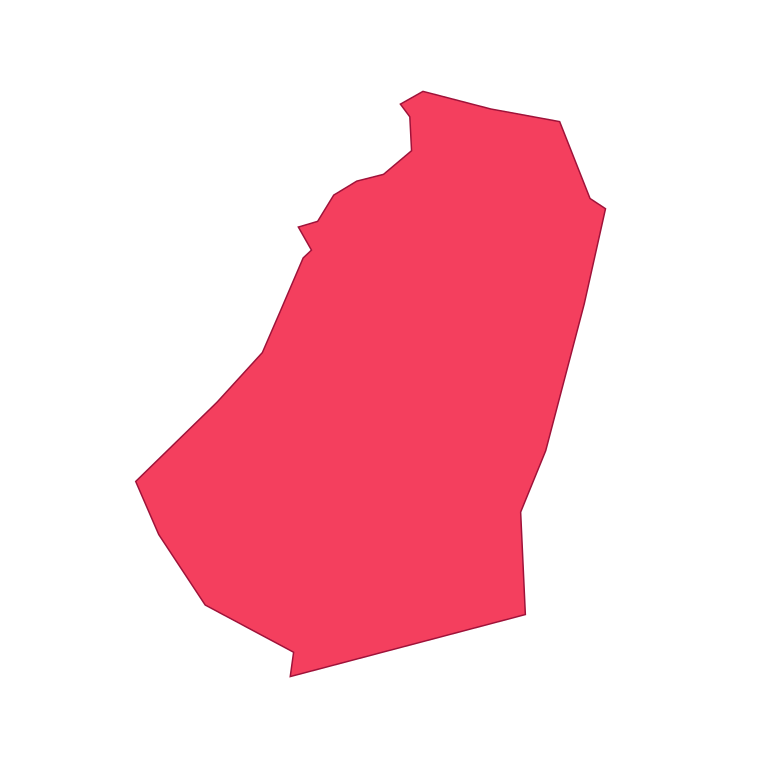 Adair, Kentucky, United States of America, rotated 341°
{"feature_id": "52423323B87676226812145", "entity_name": "Adair", "entity_type": "district", "adm_level": 2, "iso_a3": "USA", "parent_name": "United States of America", "parent_adm1": "Kentucky", "projection": "natural_earth1", "projection_center": [-85.268, 37.118], "detail": "fine", "context": "isolated", "style": "filled", "palette": "rose", "viewbox_px": 768, "rotation_deg": 341, "n_neighbors": 0, "source": "geoboundaries", "source_scale": "gbopen_adm2", "svg_char_len": 507}
<svg xmlns="http://www.w3.org/2000/svg" viewBox="0 0 768 768"><g transform="rotate(341 384 384)"><path d="M442.6,648.0L471.5,549.6L515.2,499.7L599.5,373.3L650.5,290.4L639.2,275.7L635.5,193.1L574.6,158.8L516.1,120.0L490.6,124.7L495.4,139.8L486.0,172.4L451.8,185.6L424.3,183.3L398.0,189.0L374.2,208.6L354.1,207.7L359.0,233.8L348.6,238.5L309.5,281.6L279.2,314.7L220.1,346.9L117.5,395.3L122.0,453.0L143.0,534.8L211.2,608.2L200.1,630.1L442.6,648.0Z" fill="#f43f5e" stroke="#9f1239" stroke-width="1.5"/></g></svg>